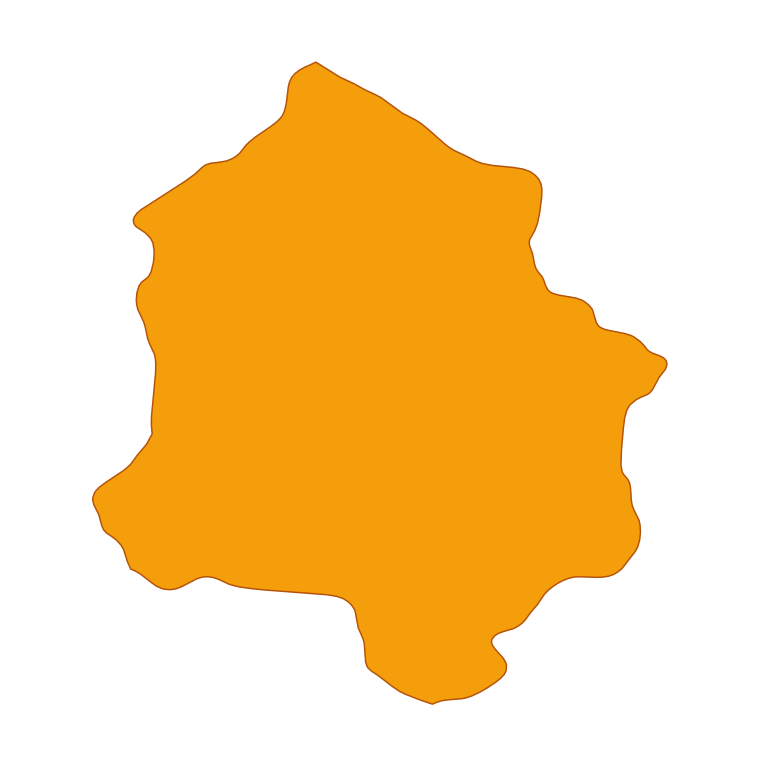 outline of El Valle, Hato Mayor, Dominican Republic, rotated 95°
{"feature_id": "3306468B49446780717545", "entity_name": "El Valle", "entity_type": "district", "adm_level": 2, "iso_a3": "DOM", "parent_name": "Dominican Republic", "parent_adm1": "Hato Mayor", "projection": "equal_earth", "projection_center": [-69.377, 18.943], "detail": "fine", "context": "isolated", "style": "filled", "palette": "amber", "viewbox_px": 768, "rotation_deg": 95, "n_neighbors": 0, "source": "geoboundaries", "source_scale": "gbopen_adm2", "svg_char_len": 3302}
<svg xmlns="http://www.w3.org/2000/svg" viewBox="0 0 768 768"><g transform="rotate(95 384 384)"><path d="M698.7,307.9L696.5,303.7L694.6,299.1L693.2,293.4L690.6,278.5L689.8,275.6L687.3,269.7L682.5,261.5L677.1,253.9L671.3,246.7L667.3,242.4L662.9,239.0L660.5,237.9L658.1,237.3L653.4,237.5L651.1,238.3L647.0,241.1L638.3,250.3L634.7,253.3L632.8,254.2L630.6,254.5L628.7,254.1L625.2,251.8L622.4,248.2L620.3,243.7L616.5,233.9L613.8,229.6L610.5,225.8L606.6,222.7L598.2,217.6L590.3,211.9L579.5,205.9L575.3,202.5L571.3,198.4L567.6,193.8L564.3,188.8L561.6,183.3L560.5,180.4L559.7,177.4L558.9,171.3L558.1,155.8L557.4,149.7L556.0,143.8L553.8,138.8L550.7,134.5L547.2,130.9L528.9,119.1L524.4,117.1L517.0,115.7L509.5,115.6L502.1,116.6L497.3,118.2L487.2,124.3L482.9,126.3L478.2,127.5L466.4,129.3L462.1,130.4L458.4,132.3L452.7,137.8L450.9,139.0L444.2,140.9L428.9,141.7L407.5,141.7L396.9,141.3L389.3,139.9L384.5,137.9L382.6,136.5L377.5,131.2L374.9,127.1L371.5,120.7L370.1,118.9L366.5,116.1L353.8,110.7L344.7,104.9L340.7,103.9L338.6,104.1L336.6,104.8L334.9,106.1L333.5,107.9L331.8,112.1L330.0,118.8L328.3,122.9L327.0,124.6L322.2,129.2L319.1,132.8L315.2,139.5L314.2,142.0L312.9,147.8L310.6,167.9L309.0,172.9L307.8,175.0L304.4,177.8L292.3,182.6L290.4,183.9L287.1,187.4L284.3,191.8L283.2,194.3L281.7,200.0L280.2,217.6L279.2,222.9L278.4,225.3L277.2,227.5L275.6,229.2L272.1,231.5L266.6,233.9L263.2,235.9L259.1,240.1L255.7,242.7L251.7,244.4L240.8,247.6L235.1,250.3L231.4,251.6L227.5,251.5L218.0,247.2L210.6,245.1L200.1,243.9L184.0,243.2L176.1,243.7L171.1,245.0L166.6,247.6L163.1,251.3L160.2,255.9L159.2,258.5L157.7,264.8L157.0,274.7L156.8,295.1L155.8,305.0L154.3,311.0L149.2,323.6L145.2,334.6L142.4,340.1L139.0,345.2L126.2,362.5L121.0,370.2L118.2,375.7L112.7,389.2L98.9,412.1L96.6,417.6L92.7,428.4L87.2,440.8L82.3,454.4L69.3,479.9L75.8,491.3L78.8,495.7L82.4,499.6L86.4,502.5L91.1,504.4L95.9,505.2L113.4,505.8L120.7,506.9L125.5,508.6L127.7,510.0L131.9,513.4L137.6,519.6L148.6,533.0L154.3,539.0L158.3,542.4L166.6,547.8L170.1,551.3L173.1,555.4L175.4,560.1L177.0,565.5L179.3,576.1L181.2,580.7L184.2,584.2L191.6,590.9L199.3,599.7L231.4,641.1L235.3,644.9L239.5,647.4L241.7,647.9L243.8,647.8L245.8,647.2L247.6,646.0L249.0,644.4L254.4,634.6L259.3,629.2L263.4,626.6L270.6,624.7L275.6,624.3L283.1,624.3L292.5,625.8L296.6,627.5L298.4,628.7L304.0,634.6L307.7,636.6L314.5,638.1L321.7,638.1L326.5,637.3L331.1,635.8L343.3,628.7L347.9,626.9L359.6,623.3L364.3,621.1L374.1,615.4L379.4,613.8L384.8,613.0L393.3,612.5L436.2,612.8L444.7,612.2L453.9,610.6L464.9,615.4L476.9,623.9L485.5,629.0L489.6,632.5L493.4,636.5L506.0,652.3L511.5,658.5L515.6,661.8L517.8,663.0L522.5,664.1L524.9,664.0L529.3,662.7L538.9,656.8L549.7,652.8L553.6,650.7L556.7,647.3L560.2,641.0L562.8,636.9L567.8,631.6L571.8,628.9L583.4,624.1L590.4,620.2L592.1,615.2L594.5,610.2L602.2,598.2L605.1,593.2L607.1,587.6L607.6,584.6L607.5,578.6L606.0,572.9L603.4,567.7L594.3,553.4L592.1,548.0L591.3,542.2L591.8,536.3L593.2,531.2L596.8,521.4L598.1,515.2L598.9,508.6L599.4,498.4L599.6,484.5L598.9,422.2L599.7,412.3L601.3,406.0L603.8,401.1L607.0,397.1L610.8,394.0L613.0,392.9L629.2,388.4L639.4,382.8L643.9,381.1L662.5,378.1L666.7,376.3L668.5,374.9L671.4,371.1L675.0,364.3L684.4,349.7L688.8,341.8L691.0,336.2L695.8,319.9L698.7,307.9Z" fill="#f59e0b" stroke="#b45309" stroke-width="1.5"/></g></svg>